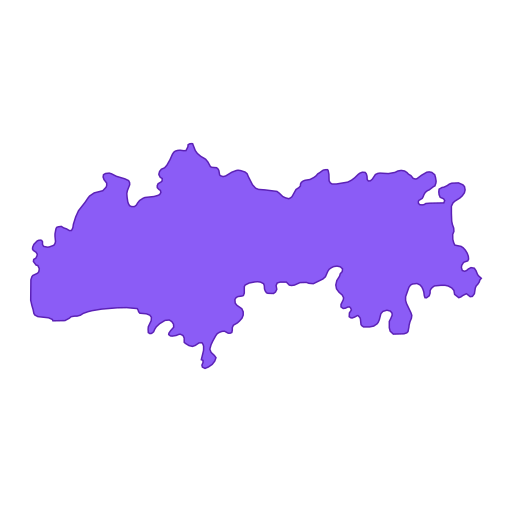 Sharkawshchyna, Vitebsk, Belarus
{"feature_id": "67162791B8322834804347", "entity_name": "Sharkawshchyna", "entity_type": "district", "adm_level": 2, "iso_a3": "BLR", "parent_name": "Belarus", "parent_adm1": "Vitebsk", "projection": "mercator", "projection_center": [27.573, 55.372], "detail": "fine", "context": "isolated", "style": "filled", "palette": "violet", "viewbox_px": 512, "rotation_deg": 0, "n_neighbors": 0, "source": "geoboundaries", "source_scale": "gbopen_adm2", "svg_char_len": 6063}
<svg xmlns="http://www.w3.org/2000/svg" viewBox="0 0 512 512"><path d="M52.9,320.8L64.9,320.6L69.2,318.3L71.1,316.7L74.8,316.1L77.1,316.1L80.4,315.2L83.2,313.4L88.0,311.7L91.9,310.7L101.6,309.1L117.1,307.8L126.6,307.6L137.3,308.6L138.2,310.3L138.6,311.7L139.8,313.2L146.4,313.8L149.9,315.2L151.4,317.3L151.2,320.6L148.3,326.8L148.1,329.3L148.3,332.6L149.9,333.6L151.6,333.4L153.6,331.8L154.7,329.3L156.3,326.8L159.6,323.7L165.0,320.4L169.3,320.0L171.8,321.6L173.5,324.1L173.7,327.2L170.6,330.7L168.9,333.2L168.7,334.6L170.4,335.9L172.2,336.1L176.1,335.5L178.8,334.4L180.3,334.2L183.0,335.5L184.2,338.0L184.2,342.3L185.4,343.4L189.0,345.6L192.5,346.4L195.3,345.4L199.0,342.9L201.9,342.7L203.1,344.5L203.6,346.3L203.6,349.1L203.5,350.7L201.3,359.7L203.0,360.4L203.0,362.6L201.9,365.1L202.4,367.1L205.0,368.4L208.4,367.0L212.2,364.4L214.7,361.2L216.0,357.7L214.4,355.5L211.1,352.4L209.8,349.2L211.1,344.6L212.9,340.8L215.8,335.6L217.3,333.6L219.5,332.3L222.0,331.4L224.5,331.2L228.2,333.2L230.2,333.2L231.8,332.5L232.3,330.3L232.3,327.6L233.4,325.2L237.4,322.9L239.4,321.1L242.0,318.2L243.2,315.1L243.2,311.8L241.8,308.7L236.9,305.3L235.2,303.1L234.9,299.5L236.0,297.7L237.8,296.6L242.1,296.0L243.4,295.5L244.3,293.1L244.3,286.6L245.2,285.0L249.2,283.0L255.0,281.9L257.6,281.7L260.5,282.1L263.6,283.7L264.3,285.7L264.5,288.9L265.2,290.9L266.5,292.8L267.9,293.3L273.5,293.5L275.5,292.0L276.8,289.3L276.1,285.5L277.2,283.0L280.1,282.1L286.4,282.1L289.3,285.1L291.5,285.5L294.4,285.1L300.0,282.6L306.4,282.4L308.9,283.3L313.3,283.7L322.9,279.0L325.4,276.8L327.8,271.3L329.2,269.2L331.4,267.7L333.6,266.6L337.0,266.1L340.3,266.8L342.5,268.8L342.3,271.5L340.3,273.7L339.6,276.1L336.8,280.6L335.8,285.0L336.5,288.8L339.0,292.2L342.3,295.1L343.6,297.8L343.2,300.0L341.0,304.4L341.0,306.9L343.2,308.5L345.4,308.2L347.6,307.1L349.5,306.9L350.6,308.0L351.4,310.0L349.4,312.9L349.2,316.7L350.8,317.8L352.1,318.0L354.6,317.1L357.3,315.6L358.1,315.6L359.9,317.6L360.4,318.9L361.0,324.5L361.7,325.6L363.5,326.9L369.7,326.9L373.7,326.1L377.1,323.8L378.2,322.3L379.3,319.8L380.9,313.6L382.9,311.4L386.9,310.2L390.4,311.1L392.0,313.1L392.2,315.1L390.7,318.7L389.3,321.4L389.3,327.8L390.2,331.2L393.3,334.1L404.0,333.8L406.7,332.9L408.0,331.6L408.9,327.2L409.1,325.2L410.0,321.6L411.4,318.3L411.8,315.4L410.9,312.7L406.5,303.5L405.6,300.4L405.6,296.7L408.9,287.3L410.5,285.1L412.5,284.0L417.0,283.5L420.1,285.0L421.9,287.1L423.0,289.5L423.8,292.0L424.3,295.7L425.0,297.7L426.5,297.8L429.2,295.8L430.1,293.1L430.1,290.6L431.2,288.6L432.5,287.3L434.5,285.9L441.0,285.3L445.0,285.3L448.2,286.0L451.7,287.9L453.9,290.4L454.6,294.4L458.8,297.7L460.9,296.9L462.8,295.5L466.4,293.7L470.2,296.7L472.4,296.4L474.4,293.7L475.3,288.0L476.2,285.9L477.8,284.2L479.3,281.9L479.8,280.1L481.3,278.3L478.5,275.8L477.5,274.4L476.0,270.7L474.3,268.2L471.0,267.6L468.3,269.0L466.6,270.5L464.7,271.3L462.3,270.5L461.4,267.6L461.7,265.4L463.3,262.8L464.1,262.1L467.7,260.9L468.6,259.1L468.3,256.2L467.2,253.2L465.3,250.1L463.2,247.8L461.1,246.4L454.8,245.1L453.7,242.7L452.8,239.4L452.7,234.4L453.9,231.4L453.7,228.1L452.4,224.5L451.7,221.2L451.4,213.4L451.4,206.2L453.0,202.9L454.8,201.2L459.9,198.0L462.3,195.8L464.4,192.8L465.1,189.9L464.5,186.6L462.9,184.8L458.5,182.9L451.7,183.2L449.3,184.1L447.2,185.6L443.9,187.2L442.0,187.5L439.1,189.2L438.8,191.9L439.1,194.7L440.2,197.3L443.6,198.8L444.7,200.6L443.8,202.9L429.7,203.2L425.8,203.5L424.1,204.6L422.2,204.9L419.8,204.7L418.4,203.3L418.4,201.2L418.9,200.4L422.2,198.4L423.1,196.8L424.0,194.5L425.3,192.4L427.5,190.6L429.2,189.9L433.5,186.6L434.9,185.9L435.9,183.0L436.1,181.2L435.5,177.4L434.7,174.7L431.8,172.4L429.2,171.9L426.8,172.2L421.6,175.2L416.8,178.8L415.3,179.0L413.2,178.4L410.9,175.6L408.5,174.2L406.9,172.5L404.6,171.0L401.2,170.4L397.8,171.0L395.0,172.4L388.4,173.6L380.0,173.1L377.8,173.4L375.4,174.5L372.3,179.2L370.4,180.8L368.4,181.0L367.2,179.6L367.0,176.2L366.3,173.8L365.1,172.4L362.3,172.2L359.8,173.2L358.3,174.3L354.7,177.8L351.5,180.2L347.8,182.1L336.4,184.0L332.1,184.0L330.3,182.9L329.1,180.8L328.9,174.3L328.2,170.7L327.6,169.7L325.6,169.7L323.3,170.1L321.8,171.1L319.8,172.6L317.8,173.8L316.1,175.8L314.0,177.4L310.0,179.5L305.0,180.3L303.0,181.1L301.3,182.4L300.5,184.0L300.4,186.0L298.9,187.6L296.0,189.5L292.0,196.7L290.5,197.9L288.7,198.7L285.4,197.8L282.7,196.5L279.3,193.2L276.9,191.4L265.0,189.9L258.5,189.4L255.6,188.2L252.5,184.8L248.3,176.6L247.1,173.7L245.0,172.0L240.7,170.6L238.0,170.2L236.3,170.5L231.8,172.2L225.6,176.0L223.0,176.6L220.4,175.7L219.6,174.8L218.9,170.7L218.2,169.2L216.6,167.7L211.7,167.3L210.4,166.6L207.9,162.0L205.6,159.2L200.7,156.3L197.3,153.4L195.3,150.6L192.6,143.7L191.4,143.6L189.7,143.8L188.1,144.7L187.9,146.8L186.0,150.6L183.7,150.7L180.0,150.2L177.7,150.4L175.3,151.1L173.8,152.2L172.4,154.3L170.0,159.7L166.9,165.2L164.6,167.8L161.4,169.2L159.6,171.4L158.9,174.0L158.9,174.7L160.3,177.4L162.2,178.5L162.1,180.9L161.0,182.0L158.1,183.7L157.2,185.8L157.3,187.7L159.0,189.5L160.4,190.4L160.9,192.5L159.6,194.6L157.9,195.4L154.1,196.5L144.9,197.5L143.0,198.3L139.6,200.5L137.6,203.0L136.3,205.2L134.4,206.6L131.6,206.6L129.6,205.7L128.5,203.8L127.8,201.9L127.1,197.3L126.8,193.5L127.4,190.6L129.7,184.7L129.6,182.6L128.6,180.6L124.8,178.8L116.4,176.3L111.5,173.8L109.2,173.1L105.5,173.5L103.5,174.7L103.1,177.0L104.0,179.6L106.7,183.1L106.7,185.5L106.1,187.2L102.8,190.7L94.2,192.9L89.6,196.0L88.0,198.0L85.1,202.3L78.5,210.7L75.7,216.9L73.4,224.2L72.9,227.6L72.0,229.6L71.4,230.5L69.4,230.6L66.6,228.9L63.5,227.8L61.3,226.4L58.3,226.8L56.8,227.3L56.1,228.4L55.7,230.0L55.0,233.9L55.0,236.2L55.5,241.6L55.0,243.5L53.8,245.3L49.4,246.9L47.7,247.2L43.6,246.4L42.5,244.5L42.5,241.7L41.6,240.4L40.6,240.1L38.6,240.3L37.1,241.0L33.9,244.3L32.7,247.1L32.5,249.0L33.3,250.4L36.1,252.3L37.3,254.3L36.9,256.1L35.8,258.2L33.7,259.4L33.4,261.5L36.1,265.1L37.8,265.5L39.3,268.7L38.8,271.7L37.6,273.2L32.8,275.5L31.9,276.7L30.9,279.7L30.7,300.3L31.9,305.5L33.1,309.6L33.9,313.5L34.8,315.0L37.8,316.6L48.6,317.8L52.4,319.5L52.9,320.8Z" fill="#8b5cf6" stroke="#5b21b6" stroke-width="1.5"/></svg>